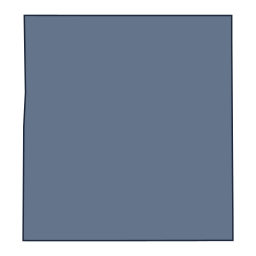 outline of Labette, Kansas, United States of America
{"feature_id": "52423323B87477610748879", "entity_name": "Labette", "entity_type": "district", "adm_level": 2, "iso_a3": "USA", "parent_name": "United States of America", "parent_adm1": "Kansas", "projection": "albers", "projection_center": [-95.282, 37.192], "detail": "fine", "context": "isolated", "style": "filled", "palette": "slate", "viewbox_px": 256, "rotation_deg": 0, "n_neighbors": 0, "source": "geoboundaries", "source_scale": "gbopen_adm2", "svg_char_len": 392}
<svg xmlns="http://www.w3.org/2000/svg" viewBox="0 0 256 256"><path d="M24.3,15.4L25.5,92.6L23.8,126.7L23.1,240.5L28.2,240.6L76.7,240.6L76.8,240.6L112.5,240.6L113.8,240.6L116.5,240.6L176.0,240.5L184.4,240.5L193.0,240.5L194.6,240.5L210.2,240.4L232.9,240.4L232.8,212.1L232.5,169.6L231.7,41.2L231.7,15.5L225.6,15.5L90.2,15.5L24.3,15.4Z" fill="#64748b" stroke="#1e293b" stroke-width="1.5"/></svg>